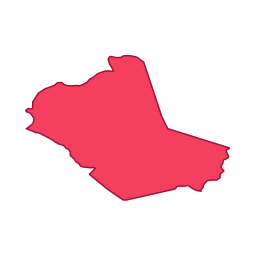 outline of Ogooué-Lolo, rotated 98°
{"feature_id": "GAB-2628", "entity_name": "Ogooué-Lolo", "entity_type": "Province", "adm_level": 1, "iso_a3": "GAB", "parent_name": "Gabon", "parent_adm1": "", "projection": "equal_earth", "projection_center": [12.559, -0.822], "detail": "fine", "context": "isolated", "style": "filled", "palette": "rose", "viewbox_px": 256, "rotation_deg": 98, "n_neighbors": 0, "source": "natural_earth", "source_scale": "10m", "svg_char_len": 2673}
<svg xmlns="http://www.w3.org/2000/svg" viewBox="0 0 256 256"><g transform="rotate(98 128 128)"><path d="M142.8,228.4L138.2,223.9L135.2,222.3L131.8,222.4L131.1,222.8L127.7,225.9L127.2,226.4L126.9,227.0L126.5,228.2L126.3,229.0L126.3,230.0L126.0,231.0L125.1,231.6L123.9,231.1L122.5,229.2L122.8,227.2L122.4,225.8L122.0,225.5L121.3,225.3L120.6,225.3L115.7,225.9L115.0,225.8L106.4,221.8L105.7,221.3L101.4,216.4L100.5,215.1L95.9,206.6L95.2,205.9L94.6,205.6L93.8,205.0L93.1,204.2L92.5,202.1L92.3,201.0L92.3,200.1L92.4,199.6L92.5,199.2L92.8,198.9L93.3,198.2L93.7,197.5L94.0,196.7L94.3,195.7L94.4,193.4L94.2,190.0L93.2,185.5L93.0,184.5L93.0,182.7L93.0,182.1L92.6,181.1L90.1,177.0L88.6,175.1L88.0,174.6L85.4,173.0L84.8,172.5L82.3,169.2L78.9,166.0L77.8,164.4L75.3,159.7L74.9,158.7L74.3,155.9L74.1,153.9L74.1,152.3L74.2,151.5L74.2,151.1L74.0,150.8L73.3,150.6L72.7,150.9L71.9,151.3L67.1,155.3L65.1,156.0L63.7,156.8L63.0,157.1L62.3,157.0L60.9,156.6L60.2,156.2L59.7,155.4L59.5,153.7L59.8,151.9L59.9,150.4L59.8,148.5L59.6,147.3L59.2,145.4L59.0,144.9L58.8,144.6L57.4,142.7L57.0,141.8L56.8,140.9L56.6,139.8L56.4,137.5L56.2,135.9L56.1,135.0L56.6,129.6L56.9,128.5L57.5,127.3L59.3,124.4L60.6,121.6L112.1,96.1L123.1,88.6L133.6,25.1L134.0,24.8L134.5,25.3L135.0,26.1L135.6,26.8L136.2,27.4L136.9,27.5L137.6,27.3L142.1,24.4L143.1,24.6L143.8,25.1L144.4,25.9L144.9,26.5L145.5,27.4L145.8,28.2L146.5,28.9L147.3,29.2L148.6,29.1L150.3,29.4L152.4,30.3L153.2,30.4L154.2,30.2L155.0,29.6L157.0,27.2L157.6,27.4L158.7,28.5L160.0,29.6L160.6,30.0L161.0,30.2L161.6,30.3L162.2,30.3L164.3,29.9L164.9,30.2L165.8,31.6L167.0,32.6L167.3,33.4L167.4,35.3L168.7,41.0L169.0,41.8L169.5,42.5L172.2,44.3L172.9,44.9L173.7,45.3L174.5,45.5L176.3,45.4L177.1,45.8L177.8,46.4L178.5,46.8L179.1,47.0L180.5,47.0L180.3,51.8L178.6,56.4L176.9,59.7L176.4,60.8L176.7,61.5L177.1,62.1L177.5,62.9L178.1,66.7L178.3,68.7L178.4,69.7L178.8,70.9L179.3,71.6L180.0,71.9L180.7,72.1L181.4,72.5L182.0,73.3L199.4,119.3L199.9,121.6L199.8,123.1L191.1,140.4L179.8,158.9L179.4,159.5L178.8,159.7L177.6,158.3L172.5,155.0L171.9,155.7L171.9,156.3L172.6,159.8L172.8,163.4L172.8,167.2L172.5,169.1L172.0,170.2L171.3,170.6L170.6,171.2L169.9,172.0L168.7,174.8L168.3,175.4L167.0,176.1L166.4,176.6L165.8,177.4L164.8,179.1L164.2,180.1L163.5,180.9L162.9,181.4L162.2,181.7L161.6,181.7L161.0,181.6L160.7,181.6L160.1,181.7L158.1,183.2L157.4,184.0L157.0,185.6L156.5,186.7L155.9,187.4L155.2,188.0L154.6,189.0L154.0,190.3L153.8,191.1L153.6,193.9L153.3,195.0L152.8,196.0L152.3,197.0L152.0,198.0L151.7,198.8L150.4,200.9L145.3,215.2L145.1,216.2L145.4,218.0L145.4,218.9L144.4,221.8L143.9,224.3L143.0,227.8L142.8,228.4Z" fill="#f43f5e" stroke="#9f1239" stroke-width="1.5"/></g></svg>